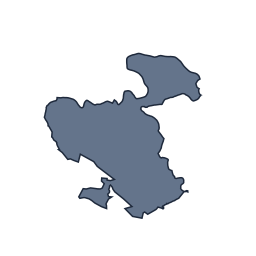 Pungarabato, Guerrero, Mexico (Natural Earth projection), rotated 117°
{"feature_id": "50627088B37947281282101", "entity_name": "Pungarabato", "entity_type": "district", "adm_level": 2, "iso_a3": "MEX", "parent_name": "Mexico", "parent_adm1": "Guerrero", "projection": "natural_earth1", "projection_center": [-100.628, 18.344], "detail": "fine", "context": "isolated", "style": "filled", "palette": "slate", "viewbox_px": 256, "rotation_deg": 117, "n_neighbors": 0, "source": "geoboundaries", "source_scale": "gbopen_adm2", "svg_char_len": 5805}
<svg xmlns="http://www.w3.org/2000/svg" viewBox="0 0 256 256"><g transform="rotate(117 128 128)"><path d="M162.4,200.2L162.3,199.4L166.0,193.8L170.6,191.9L170.8,190.9L172.4,188.6L172.8,185.8L173.1,185.6L173.3,184.9L174.4,184.3L175.8,182.9L178.2,179.4L178.8,180.1L179.4,176.9L179.7,175.4L183.3,167.4L181.7,165.4L181.5,161.6L180.9,156.8L173.0,158.6L173.5,143.2L176.2,137.9L180.0,116.8L182.9,119.8L183.9,123.0L182.5,123.7L184.5,128.7L187.3,127.5L188.4,123.9L193.2,123.7L194.8,124.9L196.0,127.3L196.5,128.9L198.4,134.2L199.7,135.7L201.3,137.5L202.4,140.4L211.7,140.6L212.5,139.0L210.4,136.3L210.1,135.8L209.7,135.0L209.5,134.3L208.8,130.4L209.1,127.2L209.9,123.5L210.1,116.0L209.5,110.5L206.8,112.0L205.8,113.0L205.1,113.2L200.1,113.1L196.8,111.2L198.0,114.2L196.1,116.0L194.0,115.3L192.5,115.8L191.3,117.4L189.6,117.4L188.0,118.1L186.8,117.7L187.9,115.1L189.3,113.7L190.9,110.8L193.1,100.1L196.2,88.8L201.2,94.1L204.7,83.8L202.0,74.6L196.7,75.9L195.3,75.0L195.9,71.3L188.9,66.7L188.1,66.2L187.1,65.8L186.5,65.7L184.9,65.4L184.1,61.7L184.1,61.1L184.2,60.3L183.8,59.8L183.4,59.8L182.9,60.0L182.5,60.9L182.5,61.4L182.3,61.7L182.1,61.7L181.4,61.3L181.0,60.7L180.1,60.6L179.9,60.5L179.7,60.2L178.7,59.4L178.4,59.2L178.0,58.8L178.0,59.0L177.7,59.2L177.4,58.3L176.3,57.5L174.3,55.8L172.9,54.9L171.4,53.4L171.0,53.3L169.7,52.5L167.6,50.9L159.4,49.2L157.9,46.9L157.8,45.7L156.9,46.2L157.1,47.1L157.3,47.5L157.8,47.8L158.6,48.5L159.0,49.1L159.1,49.8L159.0,51.5L158.4,52.9L158.1,53.5L157.7,53.8L157.2,53.9L155.9,54.6L155.0,54.8L154.4,54.7L153.2,54.2L152.5,53.8L151.8,53.6L151.4,53.6L151.1,53.7L150.6,54.0L149.3,54.6L148.7,55.1L148.3,55.7L147.9,56.4L147.9,57.3L148.1,58.0L148.7,59.0L149.4,60.0L150.1,61.0L150.9,61.8L151.2,62.3L151.3,63.0L151.2,63.8L150.9,64.0L150.4,64.2L150.1,64.6L149.9,65.0L149.8,65.9L149.5,66.3L148.8,67.1L148.0,67.9L146.6,69.1L146.0,69.6L146.1,70.1L146.3,70.5L146.2,71.7L146.2,72.2L146.2,72.7L145.7,73.5L143.4,75.5L142.4,76.1L140.4,77.2L138.3,77.6L138.0,77.8L137.7,78.6L137.8,80.6L138.0,81.9L138.7,84.0L139.6,84.8L139.5,86.0L138.9,87.1L138.7,87.5L138.2,88.0L137.1,89.6L136.4,89.6L134.9,89.3L133.6,89.2L131.7,89.3L130.7,89.3L129.2,89.8L128.3,90.0L127.3,90.2L124.9,90.5L123.8,90.6L123.0,90.8L121.1,91.2L120.9,91.8L120.5,92.8L120.0,93.7L119.3,94.9L118.3,97.0L117.7,98.2L117.4,98.9L117.1,99.5L116.7,99.8L116.0,99.9L114.9,99.9L113.7,100.3L111.0,102.1L110.1,102.9L108.7,104.8L108.0,106.0L107.7,107.1L107.2,108.7L106.9,111.1L106.9,112.3L107.2,113.6L107.3,114.9L107.6,116.1L107.6,118.0L107.5,119.0L107.3,119.9L106.8,120.9L106.5,122.4L106.4,123.4L106.1,124.0L105.4,125.3L105.2,125.3L104.9,125.2L104.5,125.5L104.1,125.7L103.5,125.7L103.1,125.5L102.6,125.3L102.3,124.8L102.0,124.2L101.4,123.0L101.6,122.7L101.7,122.3L101.6,121.9L101.5,121.5L101.2,121.2L101.0,120.7L100.8,120.4L100.6,120.4L100.2,120.2L99.5,119.8L98.9,119.2L98.2,118.3L97.4,117.2L96.1,115.6L95.6,115.0L94.9,113.8L92.4,110.2L92.0,109.3L91.7,108.7L91.2,108.4L90.7,108.4L90.0,108.5L89.0,108.4L87.7,108.4L86.7,108.3L86.1,108.2L85.3,107.7L83.9,106.2L81.9,104.4L81.3,103.8L81.0,103.1L80.5,102.4L80.1,101.9L78.8,101.0L78.2,100.3L77.0,99.2L76.1,98.5L74.7,97.0L73.6,96.0L73.0,95.6L72.5,94.8L72.2,94.1L71.9,93.0L72.0,92.4L72.2,91.7L72.1,89.8L72.3,88.7L72.5,87.7L72.9,86.6L73.6,85.3L74.1,84.0L74.3,82.8L74.2,82.0L73.5,81.2L72.4,80.2L71.5,79.5L70.5,78.9L69.3,78.5L67.2,78.4L66.3,78.0L65.7,78.3L65.6,78.2L65.6,78.6L65.4,79.3L65.0,79.9L64.3,80.8L62.7,82.0L61.5,82.4L60.7,82.4L60.5,84.5L60.2,85.2L57.7,87.7L54.1,87.5L53.8,87.2L53.4,87.2L51.7,86.1L50.1,87.7L49.2,88.9L48.6,91.1L48.7,92.9L49.6,96.8L49.7,98.6L49.3,100.7L48.3,104.1L47.6,106.1L46.9,107.5L44.9,111.2L44.0,114.8L43.7,116.1L43.5,117.9L43.7,119.1L44.2,120.5L45.0,122.5L45.6,123.5L46.4,125.1L47.4,127.5L47.9,129.3L48.6,131.7L49.8,133.3L51.3,134.5L52.9,136.6L53.8,141.2L55.0,145.2L55.3,145.9L55.5,146.9L55.7,148.1L55.9,149.0L56.0,149.9L56.3,151.2L56.8,152.5L57.6,153.5L58.4,154.3L59.9,155.9L60.7,157.0L62.0,158.2L63.2,159.2L64.2,159.9L65.1,160.3L66.0,160.5L67.1,160.4L67.8,160.1L70.0,159.0L71.3,158.2L72.5,157.4L74.2,156.5L74.7,156.1L75.1,155.8L75.3,155.5L75.4,154.9L75.5,154.7L75.3,152.5L74.9,151.1L74.4,148.5L74.3,146.2L74.3,144.4L74.4,143.1L74.8,141.9L75.9,139.0L76.8,137.7L77.7,136.6L79.6,134.8L80.2,134.2L80.8,133.5L81.4,132.4L82.5,129.7L83.1,128.7L83.9,128.0L85.0,127.3L86.3,126.7L87.6,126.4L88.7,126.3L90.1,126.4L91.0,126.5L92.0,126.8L92.7,127.4L93.6,128.2L94.9,129.6L96.4,131.3L97.6,133.0L98.0,133.6L98.0,134.3L97.3,136.0L96.4,137.2L95.8,138.6L95.2,140.2L94.8,140.5L94.3,142.4L94.4,143.6L94.8,144.9L96.6,147.4L96.9,147.3L97.9,147.7L98.7,147.4L100.4,147.0L102.2,146.3L103.3,145.8L103.9,145.6L104.8,145.5L105.8,145.3L106.7,145.3L107.5,145.4L108.2,145.6L108.9,145.9L110.6,146.4L111.1,146.6L111.5,147.2L111.5,147.7L110.1,149.7L109.6,150.6L109.2,152.9L112.9,153.1L113.3,157.7L113.4,158.3L113.7,158.7L114.1,159.2L114.5,159.6L115.5,160.4L116.2,160.8L117.3,161.7L118.1,162.5L118.8,163.0L119.3,163.4L119.6,163.7L120.1,164.7L120.9,166.4L121.5,167.0L122.3,167.7L122.5,168.1L122.6,168.6L122.6,169.6L122.6,170.6L122.2,173.0L122.1,174.8L121.9,176.0L121.9,176.8L122.0,177.2L122.2,177.4L122.4,177.6L123.5,178.0L124.5,178.2L125.3,178.2L126.2,178.1L128.0,177.7L129.1,177.4L130.2,177.6L130.8,178.1L131.1,178.9L131.1,180.2L130.6,181.2L130.1,182.5L129.3,183.9L128.3,185.5L128.0,186.2L127.6,187.4L127.4,188.5L127.3,189.2L127.3,190.2L127.5,191.1L127.9,193.5L128.2,194.8L128.5,195.7L128.7,196.1L128.8,196.5L129.6,198.0L130.0,199.1L130.6,200.2L131.6,201.5L133.1,205.0L134.7,204.3L136.3,204.5L137.8,206.3L140.4,208.7L142.6,209.5L143.5,209.6L144.2,209.9L144.8,210.3L146.9,210.2L147.6,209.7L148.5,209.4L150.0,209.0L150.5,208.8L152.4,208.4L154.6,207.7L156.4,207.4L156.8,206.8L157.3,206.1L158.0,205.2L158.6,204.0L159.4,202.7L160.3,201.5L161.5,200.6L162.4,200.2Z" fill="#64748b" stroke="#1e293b" stroke-width="1.5"/></g></svg>